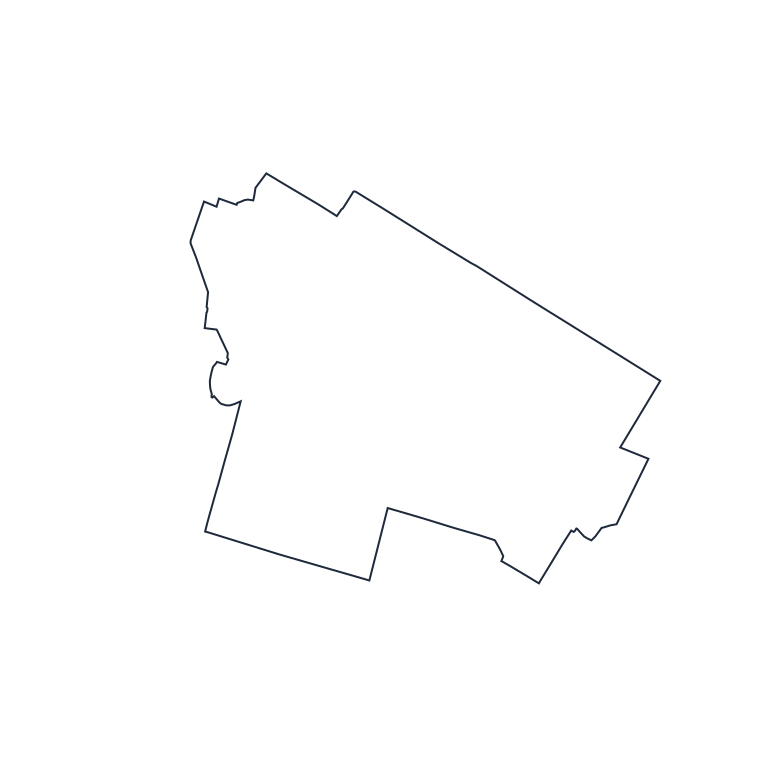 outline of Bogdana, Teleorman, Romania, rotated 146°
{"feature_id": "2599482B84849279259859", "entity_name": "Bogdana", "entity_type": "district", "adm_level": 2, "iso_a3": "ROU", "parent_name": "Romania", "parent_adm1": "Teleorman", "projection": "orthographic", "projection_center": [25.095, 43.922], "detail": "fine", "context": "isolated", "style": "outline", "palette": "slate", "viewbox_px": 768, "rotation_deg": 146, "n_neighbors": 0, "source": "geoboundaries", "source_scale": "gbopen_adm2", "svg_char_len": 1702}
<svg xmlns="http://www.w3.org/2000/svg" viewBox="0 0 768 768"><g transform="rotate(146 384 384)"><path d="M431.2,635.9L464.0,611.1L465.7,608.8L469.1,593.8L475.0,571.8L478.5,558.5L488.0,547.0L488.0,545.4L489.1,544.1L490.2,542.8L491.3,542.4L501.2,530.8L501.4,530.6L495.9,525.8L492.3,522.7L492.5,521.0L493.1,516.8L493.7,513.4L494.8,505.9L495.7,500.2L496.2,496.9L499.2,493.6L499.3,491.4L504.2,488.5L505.5,490.1L510.1,495.7L512.4,494.8L514.6,494.3L516.5,493.6L521.0,489.7L525.7,485.0L527.1,483.3L529.2,479.8L530.7,477.0L532.5,471.7L533.4,470.9L534.3,469.5L533.8,468.7L531.7,469.0L530.8,461.0L530.1,458.6L526.9,454.7L523.9,452.5L521.7,451.8L519.5,451.1L512.5,449.8L538.0,427.1L559.1,409.3L577.4,393.6L584.0,388.2L597.8,376.5L601.5,373.4L608.8,367.1L613.6,362.8L614.8,361.7L612.4,358.9L566.4,301.6L506.0,229.3L450.3,279.1L428.2,252.5L406.5,225.6L389.1,204.8L379.7,192.8L379.5,192.0L380.3,181.9L381.4,174.6L383.0,173.4L385.7,171.5L385.6,171.4L382.8,165.7L381.1,162.3L380.6,161.2L378.6,156.9L371.2,141.1L369.1,136.5L367.0,132.1L364.5,133.4L346.6,141.6L325.9,151.2L310.7,157.8L309.5,155.3L308.5,155.3L305.3,156.6L304.8,155.7L304.3,151.7L303.4,145.9L302.1,142.9L299.5,138.4L294.2,139.4L284.1,143.0L281.9,142.2L275.6,140.3L269.6,137.7L245.3,151.8L206.6,174.1L223.7,199.3L153.2,232.1L158.5,244.0L180.0,292.1L208.5,355.7L212.9,365.6L216.0,372.5L241.2,429.9L244.3,435.8L259.9,469.7L286.4,529.4L299.9,559.2L300.7,560.1L301.8,560.6L304.6,559.3L319.6,552.7L321.8,552.5L329.2,549.6L338.0,569.6L355.7,607.0L363.8,624.4L380.8,618.5L386.4,612.5L389.7,609.3L393.7,613.0L396.7,614.4L400.3,615.1L404.6,616.1L406.0,615.0L417.1,630.0L423.7,624.6L429.1,632.8L431.2,635.9Z" fill="none" stroke="#1e293b" stroke-width="2"/></g></svg>